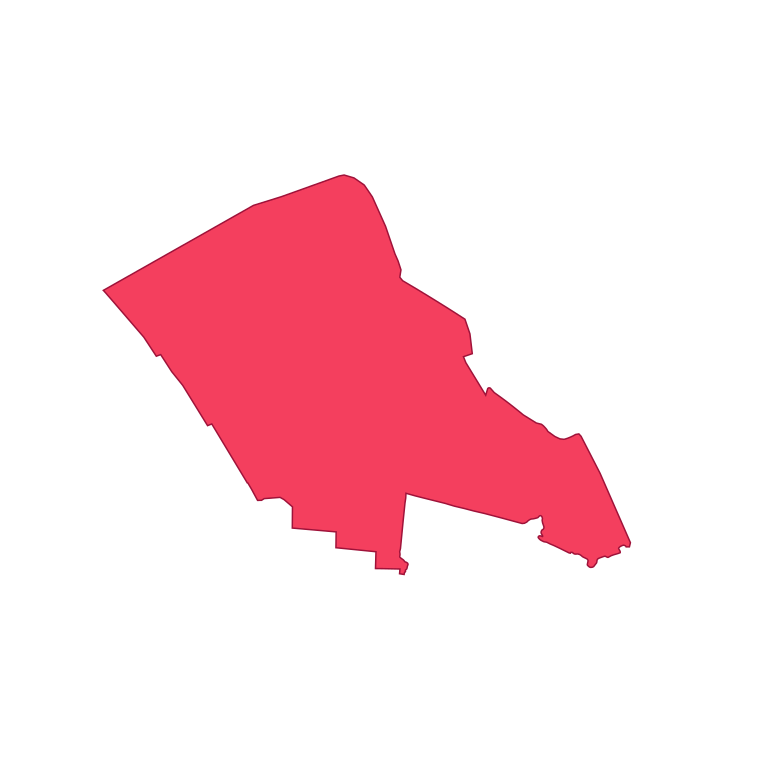 the district of Vrani, Caras-Severin, Romania, rotated 207°
{"feature_id": "2599482B45618500974221", "entity_name": "Vrani", "entity_type": "district", "adm_level": 2, "iso_a3": "ROU", "parent_name": "Romania", "parent_adm1": "Caras-Severin", "projection": "equal_earth", "projection_center": [21.437, 45.023], "detail": "fine", "context": "isolated", "style": "filled", "palette": "rose", "viewbox_px": 768, "rotation_deg": 207, "n_neighbors": 0, "source": "geoboundaries", "source_scale": "gbopen_adm2", "svg_char_len": 3141}
<svg xmlns="http://www.w3.org/2000/svg" viewBox="0 0 768 768"><g transform="rotate(207 384 384)"><path d="M676.6,340.0L673.9,339.0L665.2,335.5L619.3,316.7L599.5,305.4L596.3,308.8L578.7,298.6L562.7,291.4L522.3,266.8L519.3,270.2L460.9,233.8L460.4,234.0L454.4,230.2L443.8,222.9L440.3,224.8L438.7,227.5L425.1,235.8L420.5,235.6L409.8,233.0L400.3,214.0L384.5,220.4L359.5,230.5L352.5,216.3L315.0,230.9L307.8,215.7L300.9,219.1L285.8,226.4L284.0,222.0L279.6,223.4L279.7,223.8L280.1,225.1L280.1,225.7L279.7,226.3L279.7,226.6L279.8,226.9L280.3,227.7L280.4,227.9L280.2,228.6L279.8,229.4L279.8,229.9L280.5,232.6L280.6,234.0L280.8,234.3L281.3,234.9L281.7,235.1L282.9,235.3L284.3,235.1L284.9,235.2L286.4,235.9L287.1,236.1L290.1,236.6L291.2,236.9L291.5,237.1L291.9,238.0L292.1,238.9L292.9,240.3L293.9,241.7L294.2,243.0L294.6,244.8L304.9,271.0L311.3,287.6L312.8,292.1L314.8,296.6L304.9,298.6L295.2,300.8L275.7,305.3L265.9,307.1L255.6,309.6L246.0,311.7L235.5,314.3L218.5,318.0L197.6,322.4L195.6,323.7L194.1,325.8L193.6,327.4L193.1,328.4L192.3,329.7L191.3,330.7L190.1,331.4L188.7,332.5L186.8,334.2L186.2,334.9L185.7,336.7L185.4,337.3L184.9,337.7L184.3,337.8L183.8,337.8L183.0,337.4L182.2,336.6L181.6,335.8L181.5,335.1L181.2,334.3L180.6,333.5L179.6,332.2L176.9,329.6L176.4,328.9L176.1,327.8L176.2,327.0L176.5,326.3L176.9,325.7L177.0,325.3L177.0,324.0L176.8,323.5L176.5,322.7L175.8,322.1L173.7,320.7L173.5,320.3L173.5,320.1L173.8,319.9L174.5,319.9L175.4,319.8L176.1,319.5L176.7,319.2L177.2,318.3L177.1,317.6L176.9,317.2L176.4,316.9L175.7,316.6L174.5,316.2L173.3,316.0L171.3,316.0L170.3,316.0L169.4,316.2L168.2,316.6L167.0,316.9L163.5,316.9L159.4,317.2L152.8,317.4L142.4,317.5L141.1,317.9L141.1,318.0L141.2,318.7L141.0,318.9L140.6,319.1L140.1,319.3L139.3,319.5L138.7,319.1L138.2,319.0L136.9,319.1L136.5,319.2L134.4,320.4L133.9,320.6L132.7,320.8L132.1,320.9L130.5,320.7L129.0,320.3L128.0,320.2L124.0,320.3L123.4,320.2L122.9,320.0L122.2,319.5L121.9,319.1L121.0,315.8L120.8,315.3L120.4,314.9L119.9,314.7L118.5,314.3L117.6,314.2L117.0,314.3L116.4,314.5L115.0,315.5L114.3,316.5L113.4,321.1L113.6,322.1L114.1,323.4L114.2,324.1L114.2,324.5L114.1,325.1L113.8,325.8L112.9,326.9L109.9,330.1L108.9,330.9L108.1,331.0L106.5,331.0L106.2,331.0L105.6,331.3L103.6,334.2L101.7,336.2L98.5,339.2L97.3,340.5L97.0,340.8L97.0,341.1L97.4,341.8L98.4,342.7L99.9,343.6L100.3,344.0L100.4,344.3L100.2,345.3L99.7,346.5L98.5,348.1L97.9,348.7L97.5,349.1L96.7,349.3L95.8,349.4L95.3,349.4L94.7,349.1L94.3,348.8L91.4,350.3L92.4,354.5L150.9,402.5L184.7,426.9L187.7,428.0L190.4,426.0L192.0,423.6L193.8,421.3L195.7,419.1L197.8,417.0L198.6,416.4L202.3,415.0L207.8,414.8L216.4,416.1L218.5,417.4L220.7,418.3L223.0,419.1L225.4,419.6L230.6,418.4L245.8,419.7L254.7,421.6L263.7,423.4L272.8,425.0L281.9,426.4L287.4,428.6L288.1,428.5L288.8,428.2L289.3,427.7L289.5,427.0L288.3,420.2L320.8,440.2L325.6,444.4L319.1,451.1L330.2,467.7L341.3,478.5L359.5,480.3L377.8,481.9L396.0,483.3L414.3,484.5L418.4,486.3L420.7,493.4L427.3,500.0L433.3,504.9L454.1,525.1L479.3,545.4L491.9,552.3L504.3,554.0L514.4,552.1L518.5,548.9L560.4,504.4L581.4,483.9L676.6,340.0Z" fill="#f43f5e" stroke="#9f1239" stroke-width="1.5"/></g></svg>